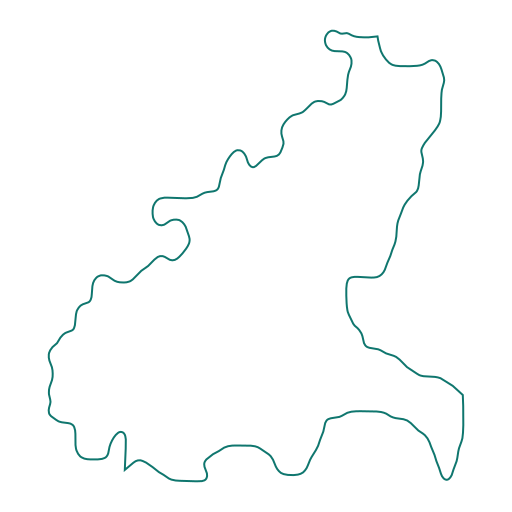 the district of Vicente Noble, Barahona, Dominican Republic
{"feature_id": "3306468B17851422898431", "entity_name": "Vicente Noble", "entity_type": "district", "adm_level": 2, "iso_a3": "DOM", "parent_name": "Dominican Republic", "parent_adm1": "Barahona", "projection": "equal_earth", "projection_center": [-71.08, 18.413], "detail": "fine", "context": "isolated", "style": "outline", "palette": "teal", "viewbox_px": 512, "rotation_deg": 0, "n_neighbors": 0, "source": "geoboundaries", "source_scale": "gbopen_adm2", "svg_char_len": 5975}
<svg xmlns="http://www.w3.org/2000/svg" viewBox="0 0 512 512"><path d="M377.5,36.4L368.9,37.3L363.4,37.3L359.2,37.1L356.6,36.8L354.0,36.2L351.7,35.3L348.7,33.7L346.8,33.1L342.1,33.7L340.3,33.5L336.6,31.5L334.3,30.8L331.9,30.7L330.6,31.1L328.4,32.4L326.7,34.5L326.0,35.7L325.4,37.2L325.0,38.8L324.9,40.5L325.1,42.2L325.5,43.8L326.0,45.2L327.6,47.6L329.6,49.4L332.0,50.6L334.6,51.1L342.4,51.4L344.9,51.9L346.2,52.5L347.3,53.2L349.2,55.1L350.6,57.5L351.2,58.9L351.5,60.5L351.5,63.7L350.9,66.7L348.9,71.9L348.1,74.8L347.4,79.7L346.7,88.1L346.2,91.3L345.2,94.3L344.5,95.6L342.8,97.9L340.9,99.8L339.7,100.5L333.3,103.8L331.2,104.5L329.1,104.4L324.2,101.9L321.8,101.2L317.9,101.0L315.3,101.5L314.1,102.0L311.7,103.6L305.3,109.9L303.1,111.8L301.9,112.5L299.4,113.5L293.1,115.2L291.9,115.8L289.5,117.4L287.3,119.5L285.3,121.8L283.5,124.4L282.1,127.3L281.4,130.5L281.4,133.6L282.0,136.4L283.4,141.2L283.5,143.8L282.4,147.6L280.4,152.4L278.9,154.5L276.8,155.9L274.5,156.5L268.1,157.3L265.6,158.0L264.4,158.5L262.1,160.2L256.1,165.9L254.0,167.1L252.8,167.2L251.8,166.9L250.8,166.4L249.2,164.7L247.9,162.4L246.2,157.1L245.6,155.8L244.2,153.5L242.4,151.6L241.3,150.9L240.1,150.4L237.5,150.2L236.2,150.5L233.8,152.0L231.7,154.1L229.8,156.5L228.0,159.2L226.4,162.1L225.2,165.2L223.9,169.7L220.8,178.0L218.9,186.7L218.4,187.9L217.7,189.1L216.7,190.0L215.7,190.6L213.5,191.3L207.2,192.1L204.7,192.7L202.4,193.7L196.9,196.8L192.8,197.9L185.8,198.3L168.6,197.7L164.3,197.7L160.3,198.5L159.0,199.0L156.8,200.6L155.0,202.8L153.6,205.5L153.1,207.1L152.6,210.4L152.6,213.8L153.0,217.1L153.5,218.7L154.9,221.4L156.7,223.5L157.8,224.3L158.9,224.9L161.5,225.3L163.9,224.8L165.0,224.2L170.0,220.8L171.2,220.3L173.7,219.7L176.4,219.6L179.0,220.0L180.2,220.6L182.4,222.2L184.2,224.3L185.7,226.8L189.0,236.3L189.6,239.0L189.6,240.5L189.4,242.0L189.0,243.5L187.7,246.2L186.1,248.7L182.4,253.5L179.3,256.8L177.2,258.6L174.8,259.9L172.3,260.3L169.8,259.8L164.8,256.9L162.6,256.1L160.1,256.1L157.7,257.0L154.4,259.6L148.1,266.0L141.3,270.8L132.8,279.4L130.4,281.1L129.1,281.6L126.5,282.3L123.8,282.5L119.8,282.3L117.2,281.8L114.7,280.8L113.6,280.1L108.3,276.5L107.0,276.0L104.5,275.4L101.9,275.3L100.6,275.4L98.1,276.4L97.0,277.1L96.0,278.1L94.3,280.3L93.1,283.0L92.4,286.2L91.8,294.1L91.5,297.1L90.7,299.7L90.0,300.9L89.2,301.8L88.2,302.4L82.8,304.3L80.6,305.6L78.8,307.5L77.3,309.9L76.7,311.2L76.0,314.3L74.9,325.2L74.1,327.9L73.5,329.1L72.6,330.0L71.6,330.6L66.2,332.6L65.0,333.2L63.0,334.7L60.4,337.6L57.0,343.2L52.5,347.1L50.2,350.3L49.1,352.9L48.8,354.5L48.8,357.6L49.4,360.6L51.9,367.2L52.5,370.3L52.7,373.6L52.6,376.9L52.0,380.1L49.6,386.9L49.0,389.8L48.9,392.9L49.0,394.4L50.2,399.5L50.5,401.9L50.1,404.2L49.1,407.6L48.7,410.2L49.0,413.0L49.5,414.3L50.3,415.3L51.1,416.2L55.9,419.7L58.1,421.1L59.2,421.6L61.8,422.3L68.1,423.1L70.4,423.6L72.5,424.8L73.4,425.7L74.2,427.1L75.1,430.3L75.4,433.8L75.5,445.0L76.0,448.7L76.5,450.5L78.1,453.8L80.2,456.4L81.5,457.3L84.3,458.6L87.3,459.2L90.3,459.4L97.8,459.4L102.0,458.9L104.6,458.0L105.8,457.3L106.8,456.2L107.6,454.9L108.2,453.4L109.5,446.9L110.6,443.6L112.1,440.4L113.8,437.5L115.8,434.9L118.0,432.9L119.2,432.2L120.4,431.9L121.6,432.0L122.8,432.4L123.9,433.3L124.8,434.7L125.3,436.2L125.8,439.4L125.7,448.6L124.8,469.9L133.4,462.7L135.6,461.2L137.9,460.4L140.5,460.3L142.7,461.0L146.1,462.6L152.6,467.1L158.9,472.1L163.5,474.8L168.9,478.5L171.4,479.6L175.6,480.5L180.0,480.8L196.5,481.3L201.9,481.1L204.3,480.4L205.4,479.7L206.3,478.6L206.8,477.3L207.1,476.0L206.9,473.3L204.5,466.8L204.2,464.1L204.4,462.8L204.9,461.5L206.3,459.5L213.0,454.2L218.8,451.1L224.2,447.6L228.1,446.2L232.2,445.6L236.5,445.5L250.9,445.7L255.1,446.3L257.8,447.2L260.1,448.5L268.8,454.4L270.7,456.2L273.0,459.7L275.8,466.5L277.2,469.0L278.9,471.1L280.9,472.9L283.6,474.1L287.8,474.9L293.6,475.1L297.9,474.6L300.6,473.8L303.1,472.4L305.0,470.4L306.6,468.1L307.8,465.5L310.1,459.8L311.6,457.0L315.9,450.1L318.1,445.8L320.1,439.8L323.3,431.6L325.2,423.0L326.5,420.6L327.4,419.7L328.4,419.1L330.7,418.3L339.4,416.9L341.7,415.9L347.3,412.8L351.4,411.7L355.8,411.3L360.2,411.2L376.6,411.5L381.0,412.0L383.8,412.7L386.3,413.7L390.6,416.4L393.0,417.4L395.5,418.1L403.4,419.2L407.2,420.5L410.8,423.1L418.3,430.5L422.8,433.5L424.9,435.2L427.5,438.4L429.5,442.3L431.1,446.7L434.5,454.9L436.4,461.1L439.1,468.0L440.9,473.6L442.0,476.2L443.5,478.2L444.4,479.0L445.4,479.5L446.6,479.8L447.7,479.6L448.8,479.0L450.4,477.3L451.7,475.1L453.5,469.5L456.6,461.2L457.3,458.0L458.3,451.4L459.0,448.3L461.5,441.4L462.4,438.2L463.0,432.7L463.3,425.2L463.2,406.0L462.8,395.0L452.8,385.9L440.5,378.2L437.8,377.4L435.0,376.9L423.4,376.2L420.7,375.6L419.3,375.1L417.1,373.8L407.1,367.2L399.6,359.6L396.1,356.9L393.7,355.8L386.1,353.4L380.6,350.3L378.2,349.3L369.4,347.8L367.2,347.0L366.2,346.3L365.3,345.4L364.0,343.1L362.4,336.1L361.4,333.4L359.2,330.0L357.5,328.1L354.7,325.7L353.2,323.7L348.9,314.8L347.8,312.0L347.4,310.3L346.9,306.7L346.6,303.1L346.3,295.7L346.3,288.5L346.8,283.6L347.7,280.6L348.5,279.3L349.5,278.3L350.6,277.7L351.8,277.3L354.4,276.9L358.4,276.9L371.3,277.6L374.1,277.5L376.9,277.1L379.5,276.0L381.6,274.4L383.4,272.3L384.8,269.8L387.4,262.7L390.3,256.0L392.3,249.9L394.5,244.5L395.4,241.6L396.3,236.7L397.0,226.6L397.5,223.3L398.3,220.3L401.0,213.4L403.2,207.5L404.7,204.6L407.4,200.7L411.4,196.2L416.2,192.0L417.0,190.9L418.1,188.4L418.7,185.4L419.9,174.2L420.7,171.2L422.5,165.7L423.0,162.8L423.1,161.3L422.8,158.4L421.4,152.2L421.3,150.9L421.5,149.4L422.0,148.0L423.3,145.4L424.9,142.8L434.9,130.4L437.6,126.5L439.2,123.6L439.8,122.0L440.2,120.3L440.8,116.8L441.1,111.4L441.2,98.5L441.5,93.1L441.9,89.7L443.8,82.9L444.2,80.3L443.9,77.5L441.5,69.5L440.4,66.6L439.0,64.1L437.2,62.1L436.2,61.3L435.0,60.6L432.5,60.1L431.3,60.2L429.0,61.0L424.9,63.6L422.5,64.7L419.9,65.4L417.1,65.8L409.9,66.2L399.8,66.1L395.6,65.7L392.9,65.0L391.5,64.4L389.1,62.8L385.9,59.4L383.1,55.5L381.6,52.6L380.9,51.1L380.0,48.0L378.2,40.7L377.5,36.4Z" fill="none" stroke="#0f766e" stroke-width="2"/></svg>